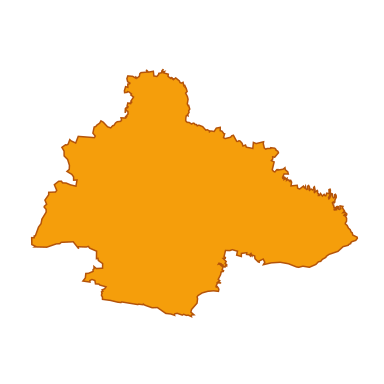 Cacadu, Eastern Cape, South Africa (Equal Earth projection), rotated 357°
{"feature_id": "47623444B84929106525656", "entity_name": "Cacadu", "entity_type": "district", "adm_level": 2, "iso_a3": "ZAF", "parent_name": "South Africa", "parent_adm1": "Eastern Cape", "projection": "equal_earth", "projection_center": [25.475, -32.951], "detail": "fine", "context": "isolated", "style": "filled", "palette": "amber", "viewbox_px": 384, "rotation_deg": 357, "n_neighbors": 0, "source": "geoboundaries", "source_scale": "gbopen_adm2", "svg_char_len": 6015}
<svg xmlns="http://www.w3.org/2000/svg" viewBox="0 0 384 384"><g transform="rotate(357 192 192)"><path d="M266.1,145.6L258.6,147.0L255.9,145.7L255.0,151.7L248.6,150.1L247.9,147.9L245.3,148.7L244.6,146.0L242.8,143.7L241.6,143.2L240.6,143.9L239.3,143.8L236.3,137.5L234.7,137.9L233.4,139.3L227.9,140.4L226.3,139.4L227.6,135.6L226.9,135.5L225.1,132.8L223.4,132.2L223.6,128.9L219.6,129.5L217.3,132.7L213.9,132.0L212.6,132.8L212.5,131.8L210.4,130.6L209.1,131.0L206.1,127.3L202.4,125.6L200.7,126.2L200.0,124.9L198.4,124.7L198.0,123.7L196.8,123.3L195.1,124.1L192.8,122.4L190.8,122.2L189.4,120.5L189.8,117.2L190.3,115.5L191.0,115.1L192.0,115.7L191.9,114.1L193.2,112.4L192.9,110.7L194.1,109.1L193.2,105.4L192.7,105.6L191.9,103.8L192.9,99.2L192.4,96.5L190.8,92.9L192.4,91.4L191.5,87.8L190.6,87.1L190.9,86.6L190.3,85.1L189.4,85.5L188.8,82.0L187.1,82.7L185.8,82.1L185.2,80.4L181.7,77.2L178.8,79.2L179.5,78.0L178.2,77.8L178.1,76.9L177.2,76.6L176.6,77.4L174.1,75.3L174.5,73.1L169.8,71.5L170.8,70.3L169.4,70.6L168.7,70.0L169.8,67.8L168.3,69.4L167.9,71.3L165.0,71.8L165.0,72.6L163.0,74.8L160.0,74.1L159.7,69.4L154.8,70.0L152.7,67.6L153.5,69.9L147.3,70.1L146.1,71.1L145.5,73.7L143.2,75.2L142.0,74.3L141.9,75.4L138.8,73.4L134.0,72.7L132.9,75.4L133.5,78.5L135.7,80.0L135.4,80.6L133.5,80.9L133.4,84.1L131.2,83.3L129.8,87.3L129.9,89.3L132.4,89.1L132.9,88.3L134.3,88.8L136.7,90.9L136.0,91.9L138.6,94.1L135.7,98.1L136.5,99.0L136.2,99.7L135.1,99.7L135.1,100.5L132.6,99.7L131.7,102.6L132.6,103.6L132.1,104.5L131.3,104.0L130.4,104.6L130.5,105.4L129.8,105.4L129.4,109.5L130.3,106.8L132.2,108.2L132.2,110.7L129.8,113.2L130.6,113.4L129.6,114.7L125.0,114.2L125.4,116.5L124.4,117.7L121.0,117.9L119.3,119.0L117.4,121.5L116.3,121.6L114.2,123.7L111.1,122.5L107.1,117.7L104.8,116.2L103.4,118.4L100.5,120.2L99.3,121.6L97.7,122.0L96.1,128.0L98.3,131.1L97.4,132.6L81.3,130.5L78.4,137.0L73.9,134.6L72.7,133.3L70.8,137.7L69.3,138.5L68.2,138.2L64.4,140.6L66.4,144.5L66.2,149.3L69.5,153.0L71.0,159.0L70.6,163.0L68.2,164.9L72.9,168.1L74.5,170.6L74.4,174.0L77.8,174.0L76.4,180.1L71.0,178.5L66.9,176.5L63.2,176.1L62.2,174.4L59.4,174.3L54.9,177.5L57.0,183.3L55.7,184.9L48.9,184.8L48.7,187.3L44.7,192.4L46.2,196.6L43.7,198.6L43.6,199.4L45.4,201.7L45.3,204.5L40.7,211.2L39.6,215.7L36.9,219.0L33.3,227.5L32.1,227.7L32.0,229.4L29.5,229.2L29.3,236.1L33.0,238.2L32.2,238.6L44.1,239.5L53.8,236.7L57.2,236.7L58.8,235.4L70.8,235.5L75.9,242.7L75.2,240.7L83.5,241.4L85.6,240.9L87.0,242.8L93.6,246.1L93.1,253.6L94.6,253.3L94.9,255.5L99.0,258.8L98.7,263.4L92.4,263.4L90.2,261.3L90.2,263.4L89.1,264.4L89.1,266.1L84.3,267.8L81.7,267.8L81.0,272.2L78.4,275.2L85.4,276.6L85.3,275.1L87.5,274.1L90.4,275.3L90.8,278.7L94.2,279.1L95.1,280.1L101.2,282.2L99.7,284.1L97.1,285.0L97.8,286.4L96.4,287.0L96.9,288.7L96.4,289.1L96.2,290.8L97.0,291.8L97.0,294.5L104.9,296.0L111.9,298.1L115.3,298.7L116.0,298.1L132.1,301.6L132.8,301.2L137.2,302.0L137.5,301.4L139.1,302.6L146.1,305.5L151.4,305.6L159.5,311.9L164.4,312.7L168.1,314.2L167.9,313.5L168.6,312.7L170.9,312.4L175.9,314.4L177.3,313.7L179.9,314.9L181.8,314.8L184.9,316.4L184.7,315.5L185.1,314.8L187.5,314.7L184.6,311.9L185.4,309.3L191.2,303.3L192.0,298.8L191.6,297.0L192.6,295.7L196.9,293.3L202.6,292.0L208.3,291.8L213.2,292.6L213.7,290.7L213.4,289.6L212.3,287.8L211.3,288.2L211.1,287.4L212.6,284.1L216.3,284.4L213.0,283.4L215.1,282.1L213.6,280.6L216.2,276.1L217.0,273.3L219.0,273.0L219.4,272.2L217.9,271.3L219.1,268.7L215.5,265.2L214.6,265.4L215.2,264.5L217.1,265.1L216.5,265.8L219.1,266.5L219.1,267.3L218.4,267.5L221.0,268.7L221.8,267.1L222.7,267.7L222.9,266.4L221.3,265.0L222.5,263.2L219.6,260.0L221.7,259.9L221.9,259.1L220.6,258.4L222.4,252.1L226.7,252.5L229.2,251.7L234.3,253.5L233.3,257.4L237.9,259.0L238.1,255.9L243.5,255.5L243.2,257.2L246.2,257.7L247.0,259.1L247.3,258.8L247.2,258.1L246.7,258.0L247.0,256.9L247.7,256.4L248.7,259.0L249.1,258.3L251.2,259.1L251.4,261.9L254.5,265.3L255.4,265.6L255.3,264.5L259.6,262.7L261.0,266.0L259.5,268.3L267.5,266.9L276.5,266.8L284.6,268.7L292.4,272.3L294.6,272.8L298.8,271.9L305.3,273.3L311.9,270.8L314.6,268.3L316.9,268.0L318.6,266.1L322.2,264.3L322.7,263.3L325.5,261.5L334.7,258.9L340.0,254.5L345.2,253.4L345.8,252.6L347.8,251.8L347.8,251.0L349.0,250.0L353.0,248.9L354.7,246.9L354.6,245.8L350.3,243.4L349.8,241.0L348.8,240.3L348.0,237.9L346.3,236.2L345.2,233.5L343.5,231.9L343.5,231.0L344.8,229.3L345.0,226.3L344.0,224.1L342.5,223.3L343.4,222.3L345.1,223.2L345.5,222.1L343.8,220.3L341.8,220.5L343.3,219.0L341.7,216.2L341.4,214.9L341.9,214.3L339.2,213.6L339.0,216.1L339.5,216.5L338.1,217.2L337.2,216.4L337.4,215.2L336.7,214.7L337.2,214.2L336.1,214.0L335.7,214.2L335.9,216.0L335.4,216.3L335.4,217.3L333.2,217.4L333.0,216.5L334.1,216.2L334.9,215.2L332.8,214.5L332.8,212.6L332.4,212.6L331.6,210.1L332.6,209.3L333.3,210.3L334.0,209.7L334.4,207.2L335.8,204.8L335.7,202.9L335.1,201.8L334.3,202.2L334.1,204.8L333.0,205.3L332.2,204.0L332.0,201.2L331.1,200.8L329.2,205.3L328.4,206.0L328.0,204.9L329.8,201.9L330.3,197.4L330.0,196.4L328.9,196.8L328.9,199.9L328.5,200.8L326.5,200.2L325.4,202.8L324.4,202.5L323.8,201.3L322.0,202.9L320.3,200.2L319.2,202.1L318.0,202.1L318.3,200.5L317.3,199.5L317.5,197.7L317.1,197.0L314.2,198.9L314.0,198.3L315.0,196.4L314.5,193.2L313.8,193.7L313.3,196.2L312.7,196.4L311.0,195.2L309.4,196.5L309.1,195.9L309.7,193.5L308.8,191.6L307.7,192.3L307.6,195.0L306.8,195.5L305.8,194.6L305.6,192.5L305.1,193.6L304.5,193.8L303.6,191.9L299.6,194.7L297.7,193.7L297.4,190.8L291.2,191.1L292.0,187.4L291.2,185.5L290.4,185.4L290.2,186.5L288.4,184.6L287.1,185.3L287.6,183.3L286.5,183.8L285.6,182.5L285.2,184.1L284.5,184.4L284.7,183.3L284.2,182.0L283.9,183.0L283.4,183.1L283.2,182.0L284.9,178.8L289.1,179.1L288.7,176.9L286.3,174.6L286.1,172.6L284.2,174.0L279.0,174.6L279.0,174.1L277.9,174.1L275.8,176.3L274.5,175.7L273.3,174.0L275.6,166.3L272.9,164.8L274.4,163.2L274.4,161.1L276.4,161.6L280.4,157.4L279.9,155.9L277.9,154.4L278.0,153.8L276.9,152.6L273.0,151.9L272.9,152.6L269.2,152.5L267.9,153.1L266.5,151.8L265.7,147.4L266.1,145.6Z" fill="#f59e0b" stroke="#b45309" stroke-width="1.5"/></g></svg>